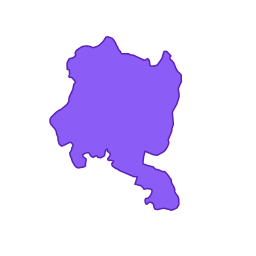 map outline of Ghazni (Natural Earth projection), rotated 337°
{"feature_id": "AFG-1757", "entity_name": "Ghazni", "entity_type": "Province", "adm_level": 1, "iso_a3": "AFG", "parent_name": "Afghanistan", "parent_adm1": "", "projection": "natural_earth1", "projection_center": [67.708, 33.141], "detail": "fine", "context": "isolated", "style": "filled", "palette": "violet", "viewbox_px": 256, "rotation_deg": 337, "n_neighbors": 0, "source": "natural_earth", "source_scale": "10m", "svg_char_len": 5339}
<svg xmlns="http://www.w3.org/2000/svg" viewBox="0 0 256 256"><g transform="rotate(337 128 128)"><path d="M61.3,118.9L59.5,118.5L58.4,115.8L58.9,111.8L59.4,110.4L59.7,110.1L59.8,109.7L59.9,109.2L60.0,105.6L60.2,104.6L60.4,103.9L60.6,103.1L60.5,100.8L58.5,94.5L58.5,92.9L58.5,92.3L59.5,89.8L60.3,88.9L60.6,88.7L61.3,88.2L67.6,85.6L71.6,84.7L73.3,84.8L73.7,84.7L80.5,82.7L81.9,81.9L83.4,80.8L84.5,79.3L85.0,78.2L85.8,77.0L86.4,76.2L90.9,72.2L92.4,70.8L94.8,67.2L95.3,66.7L95.8,66.3L97.3,65.5L97.5,65.0L97.6,64.5L96.6,61.3L96.1,60.0L95.8,59.4L95.7,59.3L94.6,58.8L93.8,58.3L93.7,57.9L93.7,57.5L94.2,56.8L94.9,56.2L95.1,55.9L95.3,55.5L96.1,53.2L96.5,52.3L96.5,51.8L96.3,51.3L95.0,50.2L96.3,46.7L96.6,46.1L97.2,44.7L98.1,43.5L101.0,41.3L104.3,41.8L105.5,41.8L107.7,41.0L108.1,40.7L108.2,40.4L108.6,38.5L108.9,38.0L109.4,37.6L110.3,36.8L110.9,36.5L111.4,36.3L116.2,35.3L118.0,35.2L120.2,35.7L122.8,36.7L125.0,38.2L126.7,40.0L127.5,40.4L128.4,40.6L131.7,40.8L132.6,40.8L133.7,40.6L138.2,39.0L140.2,37.9L141.2,37.0L141.6,36.9L142.1,36.6L142.3,36.4L143.3,35.7L144.9,36.1L145.9,36.8L148.0,38.9L148.6,39.7L149.0,40.6L149.7,44.5L149.7,45.1L149.6,46.4L149.6,47.1L149.7,47.9L150.0,48.8L150.0,49.4L150.0,50.1L149.9,50.7L150.0,51.4L150.1,52.3L150.8,54.4L150.8,55.7L151.3,57.1L152.0,57.6L152.9,57.9L157.3,59.7L157.7,60.0L158.4,61.3L161.8,63.4L162.8,64.6L163.1,65.0L169.1,71.5L169.6,71.9L170.0,72.1L170.4,72.2L171.1,72.1L171.7,72.0L173.3,71.9L173.9,73.8L173.9,74.3L173.8,75.0L173.3,76.7L172.9,78.1L172.9,78.9L173.0,79.4L173.1,79.6L173.3,79.9L174.0,80.3L174.9,80.7L177.7,81.4L178.4,81.4L179.6,81.3L180.2,81.1L186.1,77.5L186.6,77.1L189.6,73.3L191.3,71.6L193.4,72.6L193.7,73.0L194.0,73.6L194.1,74.1L194.7,75.9L195.4,77.4L195.6,78.1L195.6,78.5L194.9,78.7L194.6,78.9L194.3,79.2L194.0,79.8L193.8,80.5L193.6,81.4L193.8,81.8L194.1,82.2L194.4,82.5L194.8,82.8L194.9,83.1L194.8,84.1L194.9,84.4L195.4,85.0L195.6,86.9L195.6,87.0L195.4,90.1L195.5,93.2L195.7,94.8L196.0,95.8L196.8,97.5L197.4,99.0L197.6,99.9L197.5,100.6L195.8,104.5L195.4,106.0L190.3,110.7L189.5,111.9L188.8,114.3L188.5,115.9L188.0,117.3L187.4,118.8L186.6,120.0L182.3,125.0L175.7,130.1L174.9,131.2L174.4,132.3L171.2,142.4L168.3,145.5L167.8,146.6L166.9,148.1L162.0,153.0L161.2,153.8L160.5,154.4L160.3,154.8L160.2,155.6L160.0,157.0L159.5,158.0L157.7,160.0L154.8,162.3L153.9,162.8L152.0,163.6L150.1,164.0L145.8,164.3L144.9,164.6L144.3,164.5L143.6,164.2L140.7,162.3L134.6,156.1L131.2,160.4L128.3,165.6L128.1,166.2L128.1,166.5L128.1,166.9L129.6,168.7L136.2,173.9L136.7,175.9L137.4,176.8L139.5,178.2L142.6,181.4L143.0,181.7L144.4,182.3L144.7,182.5L144.9,182.8L145.2,183.4L146.6,188.0L147.1,190.7L147.4,191.6L147.5,192.3L147.5,192.9L146.9,194.5L146.7,195.4L146.7,196.4L147.2,199.9L147.0,203.1L146.4,204.2L146.1,204.7L146.0,205.4L146.2,206.4L147.1,210.0L147.2,210.8L147.2,211.5L146.7,213.9L144.8,218.5L142.0,220.5L141.6,220.7L136.9,220.8L136.3,220.7L135.6,220.4L134.7,219.7L133.6,218.7L131.6,217.4L130.2,216.2L129.3,215.8L127.9,215.4L123.5,214.7L123.1,214.5L122.0,213.8L121.3,213.3L121.1,213.0L121.0,212.5L121.0,211.7L121.5,208.4L121.4,207.6L121.2,206.9L120.4,205.8L119.8,205.3L119.3,204.9L119.0,204.7L118.7,204.7L118.4,204.7L118.0,204.8L116.0,205.4L115.7,205.4L115.1,205.2L114.9,204.6L114.8,203.9L115.0,202.6L115.2,201.7L115.6,200.9L116.0,200.5L116.4,200.1L116.6,200.0L116.8,199.9L117.1,199.9L118.2,200.2L118.9,200.3L119.1,200.4L119.4,200.3L119.8,200.2L121.7,199.2L123.0,198.3L124.2,197.2L125.1,196.1L125.4,195.6L125.6,195.1L125.7,194.6L125.6,194.2L125.3,193.6L124.7,192.9L122.3,191.4L121.8,191.2L119.1,190.7L118.9,190.5L118.7,190.3L118.1,187.3L117.0,185.9L112.5,182.4L117.3,176.9L117.4,176.6L117.2,176.4L114.8,175.3L114.1,174.8L103.3,163.6L103.1,163.3L103.0,162.5L102.8,162.2L101.0,160.5L99.2,157.7L98.8,156.6L98.8,155.7L98.9,155.3L99.0,154.9L99.2,154.5L99.4,154.2L99.7,154.0L99.9,153.9L100.9,153.8L101.2,153.7L101.4,153.5L101.6,153.3L101.6,153.0L101.5,152.7L101.3,152.4L101.0,151.9L100.4,151.5L97.9,150.4L97.5,150.1L97.1,149.4L97.1,148.9L97.2,148.5L97.5,148.2L100.2,146.7L100.6,146.4L100.9,146.1L101.2,145.7L101.4,145.3L101.4,144.9L101.4,144.4L101.3,143.8L101.1,143.3L100.9,142.9L100.8,142.7L100.5,142.3L100.1,141.8L100.0,141.7L100.0,141.4L100.1,141.2L100.2,140.9L100.5,140.4L100.6,140.2L100.6,139.9L100.7,139.6L100.5,139.4L100.1,139.3L99.3,139.4L98.9,139.7L98.6,139.9L97.4,141.4L96.6,142.8L96.0,143.7L95.6,144.1L95.2,144.3L94.8,144.5L94.3,144.6L92.1,144.6L91.6,144.8L91.2,144.8L90.9,144.6L90.3,144.0L89.9,143.7L88.9,143.4L88.7,143.2L88.6,142.9L88.7,142.2L88.6,141.9L88.5,141.6L88.4,141.4L88.1,141.2L87.8,141.1L87.1,141.1L84.9,141.4L84.6,141.4L84.3,141.2L83.8,140.7L83.1,139.6L82.8,138.8L82.6,138.0L82.5,136.2L82.4,135.8L82.2,135.5L81.8,135.2L81.2,135.0L79.1,134.5L77.2,134.7L76.2,135.0L75.9,135.2L75.6,135.5L75.5,135.9L75.5,136.7L75.7,137.3L76.1,138.0L77.0,139.5L77.2,139.8L77.3,140.2L77.1,140.8L76.6,141.7L75.4,143.4L74.5,145.1L74.4,145.6L74.2,146.0L73.8,146.3L73.4,146.5L71.2,146.5L70.4,146.2L66.9,145.4L66.1,144.9L65.5,144.3L64.9,143.4L64.4,142.1L64.1,140.5L63.8,137.4L63.8,136.0L63.9,135.0L64.1,134.5L64.1,133.9L64.0,131.4L64.2,130.2L64.3,129.9L64.4,128.9L64.5,128.6L64.6,128.3L64.9,128.0L67.4,126.2L67.8,125.7L68.3,124.7L68.6,124.3L69.0,124.0L70.2,123.4L70.4,123.1L70.6,122.5L70.6,121.7L70.5,120.4L70.1,119.5L69.7,118.8L68.5,118.5L61.3,118.9Z" fill="#8b5cf6" stroke="#5b21b6" stroke-width="1.5"/></g></svg>